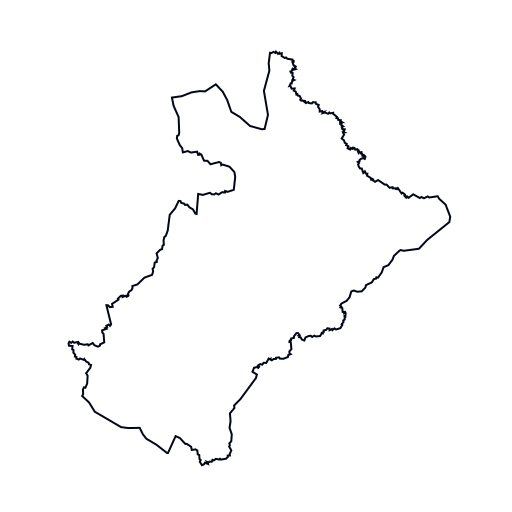 Kut Chum, Yasothon, Thailand, rotated 82°
{"feature_id": "78962969B41263158681984", "entity_name": "Kut Chum", "entity_type": "district", "adm_level": 2, "iso_a3": "THA", "parent_name": "Thailand", "parent_adm1": "Yasothon", "projection": "orthographic", "projection_center": [104.274, 16.063], "detail": "fine", "context": "isolated", "style": "outline", "palette": "ink", "viewbox_px": 512, "rotation_deg": 82, "n_neighbors": 0, "source": "geoboundaries", "source_scale": "gbopen_adm2", "svg_char_len": 6091}
<svg xmlns="http://www.w3.org/2000/svg" viewBox="0 0 512 512"><g transform="rotate(82 256 256)"><path d="M249.3,59.8L244.1,58.2L231.5,61.1L224.9,66.6L222.1,67.8L222.2,76.3L220.9,77.6L222.2,81.7L220.6,83.9L221.4,85.7L216.8,91.7L219.6,96.8L218.3,97.8L219.0,98.6L217.8,99.2L218.5,99.6L216.9,100.7L215.6,100.2L213.8,101.9L214.4,103.1L208.6,106.0L209.5,106.8L209.2,107.7L208.6,107.2L208.0,111.2L206.9,111.2L207.0,114.3L203.5,116.7L203.2,118.6L197.8,124.5L199.1,127.8L197.4,129.6L196.5,129.3L195.6,130.3L196.4,131.3L194.4,131.8L191.9,134.9L190.0,134.3L189.7,135.7L187.3,136.4L188.7,138.2L184.1,139.1L183.8,140.8L182.0,141.7L179.6,142.2L178.2,141.0L177.0,142.1L176.4,140.2L175.3,140.1L174.3,138.3L174.0,136.3L175.0,134.8L172.9,133.8L171.7,134.6L172.1,135.7L171.0,135.6L171.3,136.7L169.2,136.8L169.0,137.9L167.8,137.4L167.9,139.1L166.4,139.5L167.7,140.2L164.3,141.0L164.5,142.9L162.7,143.4L162.2,144.8L163.1,145.2L162.4,146.8L163.1,146.4L162.8,147.4L163.7,148.0L162.1,150.3L159.9,149.4L158.8,151.3L157.5,150.6L156.2,152.4L153.8,152.7L151.6,154.8L148.1,151.9L145.7,152.7L145.8,151.4L145.2,152.2L143.1,151.8L143.7,151.0L142.9,150.5L142.2,152.9L140.3,153.2L139.8,151.6L138.2,153.3L137.0,152.9L136.8,154.3L135.1,154.1L135.4,152.2L134.2,153.6L133.3,153.2L132.6,155.7L131.1,155.6L130.6,157.1L129.5,156.5L125.8,159.9L124.9,159.7L125.1,162.6L124.1,163.5L125.2,164.8L123.5,167.9L123.7,169.5L122.9,168.6L123.2,170.3L121.7,170.2L121.8,172.8L119.5,172.5L116.9,173.8L115.2,172.9L113.6,175.5L111.3,175.5L112.2,175.9L111.6,178.2L112.7,179.5L111.9,182.3L110.8,182.8L111.5,185.2L109.3,185.8L109.1,186.5L110.1,186.6L108.4,188.3L108.5,189.6L107.5,190.4L106.4,189.6L103.7,190.4L102.9,192.3L101.4,192.5L101.7,193.5L98.7,193.8L97.5,195.6L95.5,194.4L95.2,197.5L92.2,198.3L92.3,199.2L89.9,197.6L90.1,196.7L87.8,195.9L87.1,193.7L86.3,195.2L84.2,193.9L82.6,194.9L79.8,194.3L79.3,195.9L78.1,196.2L78.0,195.0L75.9,193.8L76.8,193.2L76.6,191.6L76.0,192.8L75.3,190.7L74.1,191.3L73.7,190.5L72.2,192.3L69.2,192.9L69.1,191.8L68.1,191.6L67.9,192.6L66.6,192.5L65.0,197.6L63.6,198.6L63.9,200.0L61.6,202.8L58.8,202.3L59.0,204.5L58.0,204.6L58.9,206.1L56.4,207.8L57.5,208.6L56.3,210.4L57.2,212.5L56.7,213.8L66.8,216.6L74.4,217.0L93.6,225.2L117.9,224.5L131.4,229.8L131.3,232.6L126.4,243.8L116.0,252.7L109.8,260.4L97.6,262.8L88.6,266.1L80.4,271.9L85.9,283.5L84.9,288.8L85.0,297.1L87.4,307.2L87.4,317.2L95.8,316.7L107.7,313.3L123.4,314.9L125.7,315.9L126.1,317.4L128.7,318.0L135.7,316.0L138.8,314.1L143.2,314.0L142.6,308.9L144.5,306.1L144.5,299.8L147.8,299.3L147.9,297.9L146.8,297.5L148.0,296.0L154.4,294.2L155.0,290.8L158.8,288.3L157.8,279.5L158.8,277.9L161.3,277.8L160.8,276.3L163.9,269.8L169.9,265.7L174.9,265.6L187.4,268.8L188.5,275.3L187.7,276.6L188.5,277.5L187.6,277.9L188.7,278.8L188.1,280.6L189.9,284.6L188.3,287.0L189.2,288.8L188.8,291.0L187.0,292.9L188.1,300.1L186.5,304.6L206.1,309.0L205.6,310.2L201.1,311.9L198.6,315.1L195.6,316.8L195.6,319.1L194.1,320.0L192.9,322.7L191.1,323.1L190.7,324.9L197.6,329.5L203.2,335.7L218.6,339.9L223.6,342.6L224.5,344.2L227.8,345.4L232.1,345.7L232.8,347.1L236.2,348.1L236.4,349.9L239.6,354.1L244.3,353.5L246.8,355.2L248.0,355.0L248.4,357.2L252.9,358.5L254.4,360.2L257.0,360.0L260.2,361.5L261.9,369.5L267.6,377.3L268.6,382.7L270.5,382.7L272.5,384.1L273.5,386.4L275.6,388.0L277.1,387.8L277.2,389.2L278.0,388.7L278.4,389.8L277.3,391.1L278.0,393.7L276.7,393.3L276.6,395.3L279.0,398.7L280.1,398.3L283.4,405.2L286.4,405.0L286.3,407.9L284.1,409.5L283.9,411.0L303.5,409.0L304.9,410.3L303.4,411.4L304.3,413.9L305.8,413.4L306.3,415.2L307.3,414.2L308.2,418.7L310.3,418.9L311.8,417.8L320.4,418.3L321.8,422.7L323.0,422.9L323.8,425.1L321.9,428.4L319.4,429.8L321.2,434.4L320.0,434.9L320.0,438.6L318.0,443.6L318.6,444.1L317.1,444.8L317.2,443.6L316.3,444.0L316.6,448.2L315.2,449.4L316.3,451.1L314.9,452.7L316.5,453.8L318.8,453.7L319.6,450.2L322.9,451.0L323.7,449.8L326.3,450.3L328.5,448.8L330.4,449.3L331.1,447.8L332.6,448.2L333.9,445.9L333.0,444.5L334.9,440.9L334.2,440.3L337.0,438.8L338.3,436.7L340.0,436.4L341.0,434.5L343.7,435.7L348.4,440.5L351.2,439.4L358.9,441.0L362.7,443.3L362.1,444.6L363.9,445.9L368.7,446.4L370.5,447.6L377.8,441.7L387.8,437.3L406.7,413.4L408.6,406.4L410.0,395.1L416.9,392.8L421.7,390.0L429.0,380.9L438.8,371.4L438.9,370.6L423.2,360.7L425.7,356.7L432.3,352.1L432.4,350.7L435.9,346.8L439.1,346.6L439.1,342.8L440.4,341.2L444.3,341.3L445.2,339.9L449.3,340.2L450.4,339.2L451.9,340.3L455.7,338.6L454.9,336.3L453.6,335.4L455.1,332.7L453.0,333.3L454.0,331.8L453.1,330.7L453.6,328.5L451.8,327.5L452.6,326.2L451.3,324.0L452.4,320.9L451.8,319.9L452.7,319.2L452.6,314.0L451.1,311.9L449.7,311.8L449.9,309.6L448.6,309.7L445.1,307.5L440.9,309.1L439.7,308.2L437.8,308.5L436.1,306.3L429.3,304.8L422.4,306.1L416.2,304.2L408.2,303.7L403.5,298.5L401.0,298.5L395.6,291.4L376.9,273.1L373.5,271.6L370.2,275.6L366.4,273.5L366.1,270.5L367.1,269.4L366.2,268.3L364.7,269.2L363.6,266.9L364.5,264.9L362.8,263.4L363.3,260.7L359.3,257.7L360.2,256.7L359.8,255.8L360.8,255.9L361.5,254.9L360.5,253.0L360.7,250.7L359.6,250.4L359.6,247.3L360.9,246.7L361.6,243.1L360.4,238.4L358.6,237.9L358.0,235.5L357.3,236.4L355.1,236.2L353.1,233.9L346.3,233.6L345.8,234.9L344.5,234.4L344.2,233.0L342.6,232.7L342.4,229.8L340.8,229.6L338.0,226.7L338.2,225.1L340.4,223.8L340.8,224.8L341.3,224.0L342.4,224.5L342.8,223.1L345.1,222.2L346.4,219.9L343.5,218.3L342.6,215.1L342.6,212.8L344.0,211.7L343.0,209.3L344.0,208.0L344.2,203.7L342.0,201.9L342.0,200.8L341.1,201.2L340.8,199.6L339.2,199.4L338.9,196.7L337.5,195.4L338.1,193.4L339.7,193.5L338.9,190.9L340.0,190.6L338.6,188.4L339.9,187.0L339.2,182.5L336.3,180.1L335.5,180.7L333.5,178.5L332.0,178.6L331.2,177.0L327.9,176.7L328.3,175.9L325.2,175.2L324.3,175.4L324.7,176.6L323.6,176.3L323.4,178.0L319.6,177.8L318.7,179.5L317.8,178.6L316.8,179.6L314.9,177.9L313.1,172.6L309.9,169.1L304.4,166.6L303.8,163.9L305.5,160.7L305.7,156.2L302.4,152.0L300.2,151.2L298.2,144.9L295.3,142.6L295.1,140.2L293.9,139.8L294.4,138.2L289.8,133.8L284.8,131.2L283.5,126.2L278.7,121.4L275.1,119.4L271.0,113.6L270.2,112.1L271.4,109.0L271.5,93.6L264.0,84.4L249.3,59.8Z" fill="none" stroke="#020617" stroke-width="2"/></g></svg>